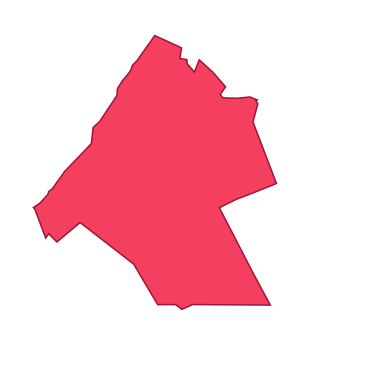 outline of Ulster, New York, United States of America, rotated 212°
{"feature_id": "52423323B54966547945963", "entity_name": "Ulster", "entity_type": "district", "adm_level": 2, "iso_a3": "USA", "parent_name": "United States of America", "parent_adm1": "New York", "projection": "albers", "projection_center": [-74.186, 41.879], "detail": "fine", "context": "isolated", "style": "filled", "palette": "rose", "viewbox_px": 384, "rotation_deg": 212, "n_neighbors": 0, "source": "geoboundaries", "source_scale": "gbopen_adm2", "svg_char_len": 864}
<svg xmlns="http://www.w3.org/2000/svg" viewBox="0 0 384 384"><g transform="rotate(212 192 192)"><path d="M161.4,78.3L146.3,87.8L138.4,87.1L133.4,94.6L131.8,96.9L98.0,117.7L65.7,137.6L96.6,155.3L102.1,158.5L160.5,193.2L150.8,208.9L139.5,223.9L124.9,244.0L177.4,283.7L182.9,301.7L186.3,303.4L185.5,304.6L193.2,303.3L203.8,295.1L215.6,288.3L219.7,289.6L219.3,299.0L238.0,304.7L255.9,307.9L253.5,295.0L264.0,298.2L266.6,301.6L273.0,298.7L277.2,308.6L282.0,308.1L306.5,304.9L308.3,274.1L309.6,268.1L309.3,265.7L308.6,263.6L308.4,262.1L309.0,256.2L310.0,249.1L310.0,247.8L310.0,240.1L308.3,237.0L306.8,234.3L307.7,202.9L310.0,194.2L303.0,179.7L310.9,141.9L312.2,120.4L313.9,116.4L312.9,113.7L315.2,101.5L318.3,94.7L316.1,94.1L291.7,75.4L291.4,80.7L280.1,78.0L270.7,106.8L213.6,101.0L203.2,99.9L161.4,78.3Z" fill="#f43f5e" stroke="#9f1239" stroke-width="1.5"/></g></svg>